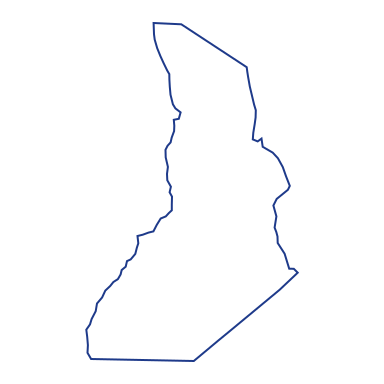 Chaval, Ceará, Brazil
{"feature_id": "56859067B9006418446479", "entity_name": "Chaval", "entity_type": "district", "adm_level": 2, "iso_a3": "BRA", "parent_name": "Brazil", "parent_adm1": "Ceará", "projection": "equal_earth", "projection_center": [-41.242, -3.075], "detail": "fine", "context": "isolated", "style": "outline", "palette": "blue", "viewbox_px": 384, "rotation_deg": 0, "n_neighbors": 0, "source": "geoboundaries", "source_scale": "gbopen_adm2", "svg_char_len": 1277}
<svg xmlns="http://www.w3.org/2000/svg" viewBox="0 0 384 384"><path d="M165.7,157.4L167.9,166.9L167.0,173.9L167.3,180.3L170.9,186.7L169.6,192.3L172.0,196.6L171.8,204.6L171.8,210.3L168.9,213.0L165.8,216.4L160.7,218.5L156.8,224.8L153.4,231.4L148.5,232.6L142.8,234.7L137.5,236.0L138.3,243.3L136.8,247.9L135.3,253.9L130.7,259.4L127.0,261.1L125.7,266.7L121.7,270.0L120.6,274.5L117.9,279.1L113.4,282.0L110.2,286.0L105.3,290.6L102.1,297.5L97.0,303.5L95.7,311.2L91.6,319.1L90.0,324.4L86.3,329.7L87.2,336.8L87.9,345.2L87.5,352.8L91.1,359.0L193.8,361.0L218.1,340.7L231.1,330.0L279.6,289.8L297.7,272.7L293.8,268.8L289.2,268.7L284.6,253.7L277.7,243.0L277.5,236.5L276.3,232.0L274.6,227.6L276.4,216.4L273.4,205.5L276.7,198.9L287.9,189.8L289.8,185.9L286.0,176.2L282.8,167.1L277.9,158.2L272.7,152.6L262.7,146.8L261.5,138.6L257.7,141.4L252.8,139.4L253.3,132.7L254.7,124.1L255.6,117.5L255.8,110.2L254.1,104.6L249.8,86.5L248.1,76.9L247.3,71.8L246.7,67.2L206.6,40.9L181.3,24.3L153.6,23.0L154.0,34.2L154.7,39.6L157.2,48.2L160.4,56.1L163.6,63.1L167.2,70.5L169.3,74.1L169.4,79.7L169.8,86.8L170.5,94.7L172.9,104.3L175.4,108.4L180.6,112.4L178.8,118.8L173.8,119.8L174.3,125.7L174.1,131.1L171.7,137.6L170.6,142.4L167.6,145.7L165.5,149.8L165.7,157.4Z" fill="none" stroke="#1e3a8a" stroke-width="2"/></svg>